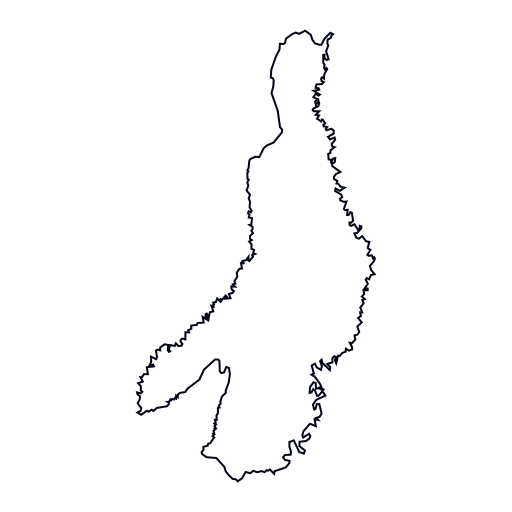 Seate, Mokhotlong, Lesotho (Equal Earth projection)
{"feature_id": "5366337B91839727568065", "entity_name": "Seate", "entity_type": "district", "adm_level": 2, "iso_a3": "LSO", "parent_name": "Lesotho", "parent_adm1": "Mokhotlong", "projection": "equal_earth", "projection_center": [28.771, -29.06], "detail": "fine", "context": "isolated", "style": "outline", "palette": "ink", "viewbox_px": 512, "rotation_deg": 0, "n_neighbors": 0, "source": "geoboundaries", "source_scale": "gbopen_adm2", "svg_char_len": 6069}
<svg xmlns="http://www.w3.org/2000/svg" viewBox="0 0 512 512"><path d="M315.8,426.1L314.6,419.2L318.0,419.9L316.1,418.0L319.6,416.8L321.6,413.5L319.3,404.1L316.8,404.1L315.5,408.9L314.3,409.5L312.9,404.7L316.3,399.8L325.4,395.6L323.3,392.4L321.8,391.9L318.6,395.7L317.1,395.8L315.0,390.6L313.3,389.1L311.5,392.4L309.6,392.9L310.0,387.1L313.5,382.3L315.7,383.0L316.0,388.6L319.0,388.3L322.7,390.4L323.6,389.4L320.0,387.3L321.3,386.8L319.9,383.7L314.7,376.6L311.4,374.7L313.8,373.5L311.7,365.5L315.0,363.7L316.7,367.4L321.0,369.9L321.9,366.0L320.1,361.2L321.6,359.7L322.5,363.1L329.8,370.0L330.2,367.0L327.2,364.0L332.4,362.4L332.4,358.1L334.4,356.2L335.8,356.9L335.0,360.3L336.2,363.2L338.1,355.6L339.7,356.0L342.2,353.0L345.6,351.7L345.9,348.7L349.0,350.6L352.1,349.4L352.1,347.1L349.8,342.8L352.0,343.2L355.3,339.7L354.5,335.4L357.4,334.7L359.2,331.9L357.3,326.5L361.7,322.4L358.1,318.0L361.0,315.9L360.1,312.4L362.2,312.5L360.3,307.5L363.7,303.2L362.3,300.0L364.8,299.1L361.8,296.5L364.2,294.0L363.4,290.3L367.7,290.2L367.7,288.6L364.7,288.3L367.8,283.9L365.7,279.6L366.7,278.1L369.1,279.3L370.8,275.2L374.6,274.2L371.3,270.2L369.8,266.0L373.9,261.2L374.9,258.4L374.2,257.2L373.0,258.4L371.9,255.4L368.7,255.8L367.3,254.8L370.4,249.9L367.7,248.0L369.3,241.9L366.1,241.3L362.2,236.1L358.9,238.7L356.3,237.7L354.4,233.4L357.1,233.0L361.2,228.3L361.4,226.4L359.8,225.8L359.6,228.8L358.1,229.9L354.4,224.2L351.2,225.9L349.7,225.2L349.5,222.5L351.4,222.6L353.1,220.8L351.8,212.7L350.4,212.2L348.8,214.9L347.1,215.0L347.6,209.8L344.9,210.2L343.9,209.0L346.5,201.5L343.9,201.9L340.2,200.3L339.9,198.8L342.2,197.1L341.3,194.7L335.1,191.0L335.6,188.5L339.8,190.9L344.6,187.7L340.6,186.7L338.3,183.8L336.5,183.5L337.3,180.9L334.1,179.1L333.8,177.1L335.7,174.2L340.4,172.0L332.3,166.1L332.1,163.8L334.8,162.0L335.2,158.1L333.0,158.6L330.9,163.3L331.2,159.7L328.6,159.4L328.2,154.0L330.4,152.9L330.5,150.2L334.7,147.2L332.5,146.6L331.7,144.0L335.2,139.7L334.6,137.5L329.9,139.4L328.0,136.8L333.5,133.8L333.8,130.7L331.5,128.8L326.4,130.3L325.7,129.1L327.2,127.0L323.6,126.3L323.3,124.7L325.2,123.3L322.7,119.7L321.9,119.5L321.2,121.5L317.0,118.7L319.1,115.4L315.8,114.8L319.2,111.3L313.7,111.2L312.7,110.1L313.5,108.4L318.3,106.2L319.2,103.6L318.6,101.3L315.9,105.0L315.1,101.7L317.7,99.1L313.4,97.2L315.7,93.8L318.6,95.6L319.9,94.6L313.7,90.8L319.2,89.7L318.6,88.2L315.6,87.8L316.5,84.3L321.7,84.2L323.8,82.1L321.5,80.9L321.1,78.6L322.1,77.2L324.0,78.6L324.3,74.2L327.2,69.2L326.4,68.0L324.9,69.4L324.1,67.7L324.6,64.8L323.3,62.9L323.2,54.9L324.5,54.7L324.4,58.0L326.5,60.0L328.6,59.2L326.1,51.2L328.3,45.5L327.3,43.5L327.6,39.7L330.7,38.0L331.5,35.2L333.0,34.2L330.3,32.8L324.5,38.7L321.4,44.8L319.1,44.7L314.9,43.3L312.4,39.8L310.8,34.8L305.1,30.7L299.2,33.8L295.6,32.6L292.0,34.2L285.9,38.7L285.2,42.6L283.6,44.0L279.9,43.8L279.5,49.6L276.0,56.3L271.3,69.7L270.8,77.6L272.9,78.3L273.7,80.4L273.3,86.5L271.5,93.0L277.8,111.1L280.0,127.1L282.2,129.7L282.0,132.2L273.7,142.5L266.6,145.6L263.5,148.5L259.3,157.1L255.3,156.7L250.1,159.2L249.3,160.8L248.6,168.0L247.4,170.1L248.4,171.6L247.3,172.7L247.5,179.0L248.7,179.6L247.3,182.5L248.3,185.6L246.6,190.5L250.0,194.7L248.7,198.3L250.0,201.7L249.6,207.5L251.7,210.8L250.7,212.3L248.7,211.3L248.0,213.2L249.5,214.9L248.8,217.5L252.0,218.0L251.4,224.2L249.5,224.8L252.5,226.7L252.7,228.9L251.4,230.7L253.0,233.1L250.0,236.0L250.0,238.9L251.7,240.1L249.1,241.5L251.6,244.6L251.4,248.8L254.1,249.9L253.1,253.1L255.1,253.9L252.2,255.1L253.0,256.6L249.3,261.1L248.3,260.4L248.5,256.8L246.0,260.2L242.3,261.1L242.1,262.2L244.4,263.5L241.0,263.1L242.0,268.5L239.3,268.9L236.8,272.7L237.3,276.7L234.4,281.2L235.4,283.7L232.9,284.3L235.0,286.7L231.3,286.4L231.7,289.5L233.9,291.1L232.7,292.9L228.9,294.0L230.5,298.2L224.6,298.7L226.8,296.8L225.7,295.5L221.8,300.0L220.1,298.5L221.2,301.2L220.5,301.8L217.2,298.5L215.8,302.1L213.2,302.6L214.1,304.6L213.1,305.1L213.5,306.6L211.5,305.8L213.3,311.4L209.9,312.3L208.8,316.9L206.7,313.6L205.5,314.3L205.5,316.1L208.6,318.9L208.2,320.4L202.7,316.9L203.7,322.6L197.5,323.0L196.8,324.9L191.2,325.6L191.3,328.8L188.1,330.2L189.1,332.4L185.4,332.2L185.4,339.4L182.5,338.5L180.8,339.7L180.6,341.7L182.4,343.9L181.6,345.7L178.4,346.0L175.8,343.3L174.7,346.0L170.1,345.0L168.9,349.6L170.1,351.3L168.7,351.8L167.8,349.9L168.2,345.0L164.6,344.3L160.2,347.5L160.2,350.4L157.3,349.6L156.0,350.6L157.0,357.1L156.1,359.2L151.0,356.7L151.1,362.3L149.2,365.9L153.1,364.6L153.9,366.4L146.8,367.2L147.9,374.1L143.9,374.2L142.1,377.1L140.4,377.1L142.8,381.6L138.1,383.2L140.8,386.0L140.9,390.5L142.3,391.8L140.5,393.3L137.1,392.4L137.6,394.4L140.0,396.3L139.8,399.1L137.7,403.3L141.3,408.1L140.7,410.7L137.4,412.5L141.2,414.8L146.8,410.8L148.5,411.7L151.7,409.7L153.3,411.0L156.9,407.9L166.9,406.3L168.8,404.3L169.0,402.5L167.7,401.9L169.3,401.6L170.3,399.5L171.1,400.3L172.2,398.9L174.1,399.5L174.9,398.0L176.0,398.6L176.2,395.6L177.8,397.1L177.9,394.6L180.2,392.8L185.2,392.1L187.7,388.5L199.3,379.7L204.0,369.6L215.2,359.4L218.3,359.6L219.4,360.8L219.8,371.4L221.3,373.1L224.0,372.4L226.3,367.0L229.0,367.9L229.9,374.4L228.6,382.9L225.6,390.9L226.0,392.5L222.0,396.5L220.3,401.6L220.7,403.6L218.9,405.5L219.5,407.5L217.9,407.7L217.9,413.2L216.5,415.4L216.7,419.9L214.9,419.8L215.7,422.5L214.3,423.5L216.0,424.5L214.5,426.0L215.5,427.4L214.6,428.3L215.8,428.8L213.5,430.8L214.1,433.0L213.2,433.6L214.3,434.4L212.6,435.9L214.1,437.4L210.3,443.1L208.1,443.8L207.7,445.6L203.3,447.0L203.5,449.7L201.6,452.1L202.1,454.1L206.5,457.2L216.3,458.0L224.3,466.8L225.8,471.5L229.2,475.6L232.8,479.0L235.7,479.2L237.7,481.3L242.1,478.3L245.6,472.0L250.4,473.2L253.1,470.8L257.1,472.2L261.6,471.1L264.6,472.2L266.7,470.1L268.1,470.7L269.9,469.5L274.2,473.9L274.6,471.2L285.8,467.4L289.3,463.2L289.6,460.9L284.9,459.9L283.1,457.3L285.0,455.0L290.6,454.7L291.0,451.7L289.4,446.7L289.4,442.0L293.8,440.4L299.3,452.1L303.8,453.6L305.0,450.5L299.4,446.1L299.6,441.7L306.2,441.0L309.5,438.3L310.3,436.0L308.9,433.8L303.1,437.5L302.3,435.5L303.4,431.3L309.9,423.8L315.8,426.1Z" fill="none" stroke="#020617" stroke-width="2"/></svg>